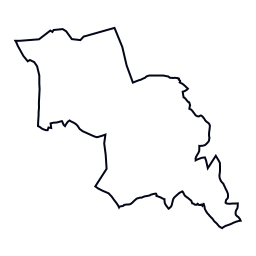 outline of Ibadan North West, Oyo, Nigeria
{"feature_id": "59680162B17793632216798", "entity_name": "Ibadan North West", "entity_type": "district", "adm_level": 2, "iso_a3": "NGA", "parent_name": "Nigeria", "parent_adm1": "Oyo", "projection": "natural_earth1", "projection_center": [3.873, 7.409], "detail": "fine", "context": "isolated", "style": "outline", "palette": "ink", "viewbox_px": 256, "rotation_deg": 0, "n_neighbors": 0, "source": "geoboundaries", "source_scale": "gbopen_adm2", "svg_char_len": 4793}
<svg xmlns="http://www.w3.org/2000/svg" viewBox="0 0 256 256"><path d="M149.3,75.5L146.8,76.3L146.4,76.5L145.0,77.8L143.0,78.6L140.9,79.7L139.3,80.1L137.4,80.8L135.1,81.7L132.9,82.6L126.6,65.4L122.3,47.0L114.5,27.9L83.6,36.6L80.4,40.1L71.8,39.1L66.2,31.3L62.7,29.1L53.6,30.0L52.4,31.9L50.3,30.6L39.0,39.3L19.9,40.8L15.4,40.8L16.4,42.5L17.8,45.9L23.4,56.0L27.8,61.3L29.9,60.0L34.2,62.1L37.1,66.3L39.3,75.5L39.3,83.6L39.6,89.2L39.3,94.8L38.9,103.0L39.0,107.6L38.6,112.3L38.6,115.1L38.2,121.1L38.0,126.1L39.7,126.9L42.3,128.9L45.7,130.1L47.6,130.2L48.5,127.5L51.2,128.0L50.6,123.4L53.5,122.7L56.7,122.5L61.9,121.1L62.0,121.1L63.7,124.9L65.0,126.1L66.2,124.0L67.8,121.8L69.5,120.5L71.3,121.6L73.7,122.7L75.9,124.1L77.6,125.8L79.6,128.9L82.6,131.2L86.0,132.7L87.3,133.3L91.7,135.3L95.3,136.8L97.2,137.2L101.7,135.9L105.4,134.6L104.2,143.4L105.7,154.9L106.6,168.8L95.3,186.4L98.2,188.5L102.5,190.7L108.6,193.3L111.7,196.6L114.7,200.8L116.3,202.8L118.1,205.5L119.0,207.4L119.2,207.0L119.4,206.8L120.3,206.4L121.0,206.3L121.8,206.2L122.7,206.0L123.3,205.8L123.7,205.5L124.1,204.9L125.4,204.7L125.9,204.6L126.7,204.5L127.7,204.5L129.4,204.4L130.6,204.0L131.8,203.1L132.6,202.4L133.6,201.4L134.5,200.5L135.5,199.7L136.1,199.1L137.2,198.4L138.6,198.1L139.7,197.7L140.2,197.6L141.5,197.7L142.3,197.3L143.5,196.8L144.6,196.4L145.8,196.2L148.6,195.7L149.9,195.3L151.1,194.6L153.0,194.1L155.5,193.6L156.1,193.7L156.5,194.4L156.5,195.2L156.4,195.6L156.4,195.9L157.4,196.2L159.0,196.8L161.1,197.6L161.3,197.8L162.3,198.4L164.5,199.2L164.5,199.8L164.5,200.9L164.6,201.7L164.8,202.9L165.3,204.2L166.0,205.3L167.1,206.8L168.6,208.7L169.6,208.0L171.1,206.5L171.8,204.9L172.4,202.3L172.9,200.2L173.4,198.8L174.1,197.7L176.3,195.6L179.5,192.8L182.4,191.4L182.8,191.8L183.6,193.3L184.4,194.9L184.9,195.7L185.5,196.2L187.0,197.3L188.0,198.0L189.5,199.3L190.8,200.3L191.4,201.0L191.8,202.2L192.2,203.3L192.4,203.3L192.7,203.4L193.1,203.5L193.5,203.8L193.8,203.9L194.0,204.0L194.4,204.4L194.7,204.6L195.2,204.7L195.6,204.7L196.5,204.8L196.8,204.8L197.0,204.6L197.1,204.4L197.3,204.0L197.6,203.7L197.8,203.8L198.1,204.2L198.6,204.7L198.9,204.9L199.6,205.0L200.2,205.0L200.7,205.0L201.0,204.8L201.2,204.5L201.3,204.5L202.4,205.8L202.5,205.6L202.7,205.4L203.1,204.5L203.4,203.9L203.9,204.2L203.8,204.7L204.1,205.4L204.6,206.9L204.6,207.7L204.8,208.8L205.9,211.0L207.2,213.0L208.3,214.3L208.9,214.8L209.3,215.5L209.6,215.8L210.1,216.3L210.6,216.8L211.3,217.6L212.0,218.2L212.5,218.8L212.8,219.1L213.1,219.6L213.5,220.2L213.8,220.7L214.0,221.0L214.7,221.7L216.1,222.9L217.2,224.0L218.2,225.3L219.4,226.6L220.2,227.0L220.4,227.2L220.5,227.3L220.9,227.5L221.4,227.6L222.1,228.1L222.4,227.8L222.7,227.6L223.4,227.2L224.3,226.6L225.2,226.1L226.1,225.7L227.4,225.3L228.8,224.8L230.2,224.3L231.8,223.6L232.9,223.0L234.1,222.5L236.1,221.7L237.2,221.4L238.4,221.0L239.3,220.9L240.1,220.6L240.6,220.7L240.5,220.2L240.1,219.8L240.0,219.2L239.4,218.4L238.3,217.0L237.2,216.3L236.1,215.2L235.8,214.6L235.6,214.0L235.6,212.2L236.0,210.6L236.3,210.0L237.3,208.4L237.7,206.6L237.8,203.4L235.6,203.5L233.2,203.5L229.2,203.8L226.6,203.5L226.0,203.0L225.6,202.8L225.7,201.6L225.9,200.8L226.1,200.1L226.3,199.7L226.8,199.2L227.4,198.6L227.7,198.1L227.9,197.6L227.9,197.0L228.0,196.6L228.0,195.1L227.9,194.0L227.7,193.3L227.5,192.7L227.1,191.7L226.5,190.5L226.3,189.9L226.0,189.5L225.7,188.9L224.6,186.5L223.8,184.8L223.4,183.8L222.9,183.3L221.8,182.1L221.0,181.1L220.6,180.3L220.2,179.4L219.8,178.3L219.6,177.5L219.5,176.6L219.4,175.4L219.6,174.3L219.8,172.9L219.9,171.9L219.9,171.2L220.0,170.8L220.0,170.1L220.0,168.4L220.0,165.6L219.9,163.3L219.8,162.7L219.3,161.7L218.5,160.3L216.7,157.3L215.8,155.8L207.8,168.2L206.1,160.6L204.9,157.4L201.8,157.8L197.2,159.5L196.4,159.9L195.7,160.3L195.7,159.7L195.6,159.1L195.6,158.4L195.9,157.3L196.5,156.1L197.5,154.3L198.2,153.3L199.1,151.3L199.2,150.7L199.3,149.3L199.3,145.9L199.9,146.0L201.2,145.8L202.2,145.8L202.4,145.8L203.3,145.6L204.6,145.2L204.8,145.2L205.8,144.4L207.1,143.2L207.9,142.3L208.5,141.5L208.9,140.9L209.1,139.9L209.2,139.0L209.3,138.3L209.5,137.9L209.2,137.0L209.0,135.1L209.1,132.5L209.6,128.9L209.9,125.7L209.4,124.3L208.6,123.2L207.2,122.2L206.0,121.2L205.1,120.2L204.3,118.8L203.0,117.1L202.1,116.2L201.2,115.6L200.5,115.5L199.0,116.4L197.5,116.3L195.7,115.4L194.6,113.9L193.4,112.3L192.3,110.8L191.0,109.5L189.4,108.9L189.6,107.0L190.1,105.3L189.2,102.3L188.7,102.2L188.0,101.8L186.8,100.4L185.9,99.2L184.5,97.7L183.6,97.4L183.1,94.6L182.8,92.6L182.7,91.7L184.5,91.2L186.3,90.1L186.8,89.8L187.9,88.7L185.8,86.7L185.1,86.0L183.1,84.3L182.2,83.7L179.7,82.4L180.2,81.1L180.1,80.7L178.7,79.6L178.9,79.0L178.9,78.6L177.7,78.1L176.7,78.0L174.7,77.8L173.1,78.0L171.3,77.8L170.0,77.8L169.4,77.4L168.3,76.5L163.0,75.5L149.3,75.5Z" fill="none" stroke="#020617" stroke-width="2"/></svg>